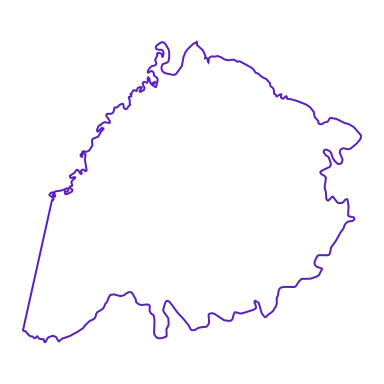 Chitré, Herrera, Panama
{"feature_id": "35544464B26445161390898", "entity_name": "Chitré", "entity_type": "district", "adm_level": 2, "iso_a3": "PAN", "parent_name": "Panama", "parent_adm1": "Herrera", "projection": "natural_earth1", "projection_center": [-80.453, 7.98], "detail": "fine", "context": "isolated", "style": "outline", "palette": "violet", "viewbox_px": 384, "rotation_deg": 0, "n_neighbors": 0, "source": "geoboundaries", "source_scale": "gbopen_adm2", "svg_char_len": 5858}
<svg xmlns="http://www.w3.org/2000/svg" viewBox="0 0 384 384"><path d="M84.8,159.0L86.6,170.1L86.3,170.8L85.0,171.0L84.4,170.0L83.5,169.6L82.0,169.8L81.1,170.9L81.7,173.5L81.2,174.0L80.4,173.5L78.0,170.1L76.6,169.8L74.4,172.8L70.0,175.7L70.0,177.1L70.7,177.9L74.1,177.2L75.0,177.2L75.2,177.6L74.6,178.6L72.6,180.0L71.6,181.6L71.4,182.7L72.1,184.5L72.1,185.8L69.9,186.6L69.5,187.2L70.2,188.2L72.4,189.6L72.5,190.4L71.9,191.6L67.5,193.9L65.5,194.2L64.8,192.9L64.9,191.3L67.2,191.6L68.5,190.0L68.0,188.6L66.9,188.3L61.6,190.5L55.3,191.4L54.6,192.1L54.5,193.1L54.5,194.2L55.3,195.8L54.8,196.7L53.8,196.5L52.9,195.5L53.3,193.1L52.8,192.3L50.7,192.9L49.4,194.6L49.7,195.4L53.2,198.1L53.6,199.3L52.9,200.2L52.0,200.1L23.0,330.2L23.9,331.0L25.8,331.4L26.9,333.1L28.1,333.9L28.4,334.9L30.6,336.3L32.7,336.6L34.3,338.2L35.0,338.1L37.2,336.3L39.3,338.8L43.7,339.3L44.2,341.5L44.8,342.2L45.6,341.8L47.7,338.0L49.0,337.0L52.3,336.0L53.8,336.0L56.2,337.2L58.2,340.9L58.9,341.3L62.3,338.6L69.4,336.2L78.1,331.5L83.0,328.2L85.3,325.1L89.7,321.0L93.0,319.5L94.6,318.3L95.5,316.8L96.3,313.7L96.9,312.5L102.3,309.2L103.6,307.9L105.3,303.9L107.1,301.8L108.7,297.4L110.4,294.9L114.2,294.4L119.4,295.9L121.6,296.0L124.1,295.1L127.4,292.7L129.4,292.1L131.2,292.3L132.4,293.4L135.7,299.2L136.2,302.2L138.6,304.2L141.4,305.0L147.8,304.4L149.6,305.5L149.9,306.8L149.5,309.9L149.9,311.6L151.1,313.7L153.4,314.9L154.1,317.4L154.5,321.3L154.1,332.2L154.3,334.2L155.7,336.5L157.2,337.8L158.7,338.3L161.7,338.1L166.1,336.7L166.7,335.9L166.4,329.2L168.7,324.8L168.3,318.3L163.6,311.6L163.2,309.5L165.0,303.3L166.0,301.5L167.2,300.8L168.9,301.4L170.9,303.5L177.8,313.0L183.2,318.6L188.5,325.2L190.8,329.5L191.9,330.3L194.9,330.0L198.3,327.9L201.6,327.2L205.8,326.9L207.1,326.1L208.5,324.4L209.1,322.4L208.6,314.7L209.3,313.9L210.5,313.4L212.8,313.3L214.5,313.9L224.1,320.2L228.6,320.9L231.1,320.6L232.4,319.1L233.9,313.9L234.8,312.3L236.0,312.3L240.1,313.5L242.3,313.3L252.9,310.0L255.3,308.7L256.0,307.8L256.1,306.8L254.4,301.9L254.6,301.2L255.3,300.8L258.8,303.0L261.6,313.0L264.1,316.4L265.0,317.1L265.7,317.1L268.3,314.6L272.8,311.3L276.0,306.1L276.8,303.7L276.7,298.1L277.9,295.7L278.7,290.4L279.4,289.0L280.3,288.0L281.5,287.4L284.0,286.9L294.6,287.0L296.2,285.8L298.6,281.9L301.5,278.9L310.4,278.7L316.6,276.6L319.0,275.0L322.1,269.0L321.4,268.3L317.1,266.9L315.6,265.7L314.7,264.3L314.5,263.1L314.7,261.6L317.1,256.3L319.0,255.1L326.7,255.3L328.3,255.1L329.4,254.4L330.0,253.1L331.0,247.6L335.9,240.8L340.7,232.2L343.3,228.8L344.9,224.4L347.6,221.7L352.6,220.9L354.2,219.6L354.5,218.7L353.7,217.3L348.9,216.3L348.3,215.6L348.1,214.1L348.6,206.2L347.5,199.9L347.2,199.2L345.4,199.5L343.2,202.2L342.0,202.9L340.7,203.1L338.5,203.0L337.2,202.3L333.0,196.7L331.8,197.0L328.6,200.4L327.7,200.5L326.8,199.8L326.3,198.7L325.9,192.5L324.6,187.2L326.0,177.7L324.9,176.2L321.1,173.9L320.3,172.3L320.7,171.5L323.5,169.8L329.6,167.0L330.8,165.1L330.7,163.1L328.9,157.7L327.9,156.6L325.9,155.4L323.7,152.4L323.6,151.6L324.3,150.2L325.2,149.7L327.0,149.8L329.6,151.1L331.1,153.0L332.9,158.4L335.2,161.5L337.8,163.9L340.5,163.9L341.9,162.6L342.6,159.7L339.8,152.7L340.3,150.0L341.2,149.1L343.4,148.2L348.3,149.3L350.8,148.4L356.6,143.6L360.1,139.4L360.8,138.0L361.0,135.4L354.6,127.9L353.1,126.6L348.2,123.8L345.0,123.2L336.4,118.9L330.4,117.9L329.6,118.5L327.8,121.6L324.2,122.6L321.5,124.3L319.1,123.9L318.4,123.2L318.5,121.9L317.9,120.6L314.7,117.0L313.7,111.7L309.9,107.0L305.8,104.4L296.5,100.8L291.7,99.4L287.3,98.8L287.0,98.4L286.7,96.8L286.2,96.2L285.2,96.6L283.5,98.5L282.2,98.6L280.9,97.3L281.4,94.8L281.1,94.2L279.5,94.7L277.2,96.3L276.4,96.4L275.7,94.7L274.0,93.5L274.0,91.0L273.4,88.8L272.2,87.3L270.5,86.2L269.9,83.1L266.3,79.0L264.1,78.1L261.1,76.3L258.0,73.5L255.6,72.7L253.2,69.1L251.8,67.9L240.2,61.5L239.5,61.3L237.5,61.8L234.3,59.8L231.1,59.8L228.7,60.3L224.6,59.5L221.4,57.4L217.6,56.0L215.2,56.6L211.5,56.4L209.3,57.7L208.6,58.7L208.8,60.8L208.4,62.3L207.8,61.3L207.7,59.8L207.2,58.5L206.3,57.9L205.1,58.3L205.4,55.9L203.0,50.5L197.1,45.0L197.0,42.2L196.7,41.8L195.9,42.7L193.8,43.4L192.6,44.4L187.7,49.2L185.6,51.9L183.4,57.3L181.9,65.9L176.3,73.7L175.0,74.6L174.0,74.8L172.1,74.7L165.3,73.2L163.5,72.2L162.2,70.7L161.6,69.4L161.5,67.4L162.0,65.4L162.7,64.2L167.3,62.5L168.4,61.4L169.2,57.7L169.2,52.0L168.5,49.3L166.1,45.1L164.2,42.7L162.1,42.1L160.3,42.8L157.2,45.1L156.2,46.2L155.8,47.7L156.2,48.7L157.0,49.3L159.1,49.8L161.6,49.8L162.9,50.8L163.6,53.0L163.0,56.1L162.6,56.8L162.3,56.8L161.8,54.4L160.9,53.5L159.3,53.0L157.4,53.2L157.0,54.1L157.4,55.1L157.3,55.6L155.1,59.8L156.3,63.0L156.1,64.4L154.7,65.5L151.9,66.1L150.5,67.1L148.8,69.2L147.9,71.2L147.8,72.4L148.3,72.7L151.3,71.0L152.8,71.6L153.8,73.2L154.0,75.5L157.2,78.0L157.7,80.1L156.1,86.9L155.3,87.0L152.2,84.9L154.5,83.4L155.0,82.6L154.8,81.9L151.9,83.5L150.8,83.5L150.1,82.3L149.3,78.5L148.2,77.3L147.7,78.2L147.7,81.5L147.1,82.8L144.2,81.8L143.3,82.3L142.6,83.4L142.8,84.6L144.6,87.9L143.9,90.0L140.3,91.9L139.9,91.8L139.6,91.1L141.6,87.6L141.1,87.0L140.1,87.1L137.7,88.0L136.6,91.0L134.4,90.2L133.2,90.5L131.7,93.2L130.5,94.2L131.3,95.2L131.3,96.2L130.7,96.8L129.2,96.8L128.7,97.7L129.7,100.2L129.7,102.9L130.2,104.8L128.8,105.9L127.0,108.7L125.8,109.2L124.5,108.6L123.8,107.6L123.3,104.4L122.7,103.8L121.8,103.8L119.7,104.9L117.1,107.4L114.6,107.5L114.2,108.4L114.1,110.1L113.1,112.4L112.4,113.1L110.8,113.9L107.8,113.7L106.9,114.1L106.3,115.0L106.4,115.9L109.8,121.1L109.8,122.7L109.2,123.0L104.5,122.1L101.7,123.7L100.7,125.2L99.6,125.2L98.5,126.3L97.2,129.3L97.1,130.6L97.5,131.5L98.4,131.3L101.7,127.9L103.4,128.4L103.5,129.0L100.9,131.8L98.1,136.7L93.1,138.7L92.4,139.4L92.0,140.9L92.4,145.5L89.1,150.6L86.6,151.8L83.5,151.2L82.5,151.6L81.9,153.3L80.6,154.8L80.6,155.7L81.4,156.7L82.0,156.8L82.8,153.8L84.1,153.3L85.2,153.9L85.6,155.2L84.8,159.0Z" fill="none" stroke="#5b21b6" stroke-width="2"/></svg>